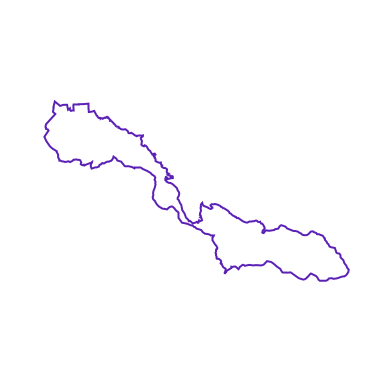 Orlat, Sibiu, Romania, rotated 248°
{"feature_id": "2599482B98199012143069", "entity_name": "Orlat", "entity_type": "district", "adm_level": 2, "iso_a3": "ROU", "parent_name": "Romania", "parent_adm1": "Sibiu", "projection": "albers", "projection_center": [23.88, 45.707], "detail": "fine", "context": "isolated", "style": "outline", "palette": "violet", "viewbox_px": 384, "rotation_deg": 248, "n_neighbors": 0, "source": "geoboundaries", "source_scale": "gbopen_adm2", "svg_char_len": 6071}
<svg xmlns="http://www.w3.org/2000/svg" viewBox="0 0 384 384"><g transform="rotate(248 192 192)"><path d="M327.3,98.7L322.3,95.1L321.9,95.3L318.4,93.1L315.5,94.5L309.6,82.2L308.4,81.2L307.1,80.5L306.5,80.8L305.3,80.2L303.9,81.8L302.7,82.0L298.5,75.8L293.8,76.0L287.5,77.4L284.5,78.9L280.4,81.9L279.9,81.5L277.0,81.9L274.0,80.8L272.7,81.1L270.7,80.8L270.6,81.7L269.1,82.9L268.4,84.4L267.5,85.4L266.9,87.3L267.0,88.1L266.5,89.3L265.4,90.1L265.6,92.7L266.3,94.3L265.8,95.3L265.8,96.4L264.4,98.5L264.3,99.2L263.2,100.3L262.4,100.3L260.6,100.3L259.7,99.3L259.3,99.3L257.9,100.5L257.7,101.1L257.8,102.0L256.9,102.1L257.1,104.5L256.9,109.5L257.2,110.5L256.7,110.2L255.8,108.9L253.6,107.7L251.3,107.7L251.1,111.3L250.5,112.8L250.5,115.3L251.8,116.4L251.7,117.9L252.4,119.1L252.3,120.1L251.7,120.4L251.4,121.3L251.8,123.1L251.8,124.7L251.7,125.5L251.2,126.4L251.4,128.2L251.2,128.8L251.7,129.8L253.0,131.6L254.2,132.5L251.4,134.3L249.1,134.6L246.7,137.7L241.2,139.3L240.4,140.7L239.9,142.4L237.7,145.7L235.5,147.5L236.2,148.3L235.7,148.8L235.1,151.0L234.6,151.6L234.4,152.7L233.8,153.7L232.0,154.8L227.8,158.8L225.2,160.7L223.1,161.5L220.9,163.1L219.1,163.4L217.4,161.9L215.1,162.0L213.6,161.1L212.6,161.0L209.6,158.8L207.3,156.6L205.7,155.6L203.4,154.9L202.0,153.6L199.8,153.3L197.6,154.2L194.4,154.6L192.3,155.3L190.8,156.0L187.6,158.4L186.4,160.7L185.2,162.3L186.2,164.7L186.4,166.0L186.2,167.8L185.9,168.3L183.7,169.5L181.3,170.1L178.1,171.8L173.1,169.8L167.3,171.2L164.5,175.5L161.3,178.8L160.7,180.1L159.0,180.7L158.4,181.6L156.5,182.4L153.3,186.3L150.8,186.9L148.6,188.3L146.4,191.9L144.7,193.2L143.5,196.0L142.8,195.3L142.1,193.9L139.6,192.9L134.5,193.8L133.5,194.3L130.8,194.6L129.8,194.0L129.9,193.2L129.6,192.8L127.9,192.0L126.7,191.0L125.6,191.1L124.3,190.5L122.6,190.6L121.5,189.9L120.7,190.1L120.0,191.8L117.7,193.1L116.3,192.9L115.2,191.8L114.8,191.8L114.6,192.5L114.3,192.7L113.3,192.5L110.5,192.8L108.7,194.2L108.0,194.4L106.1,193.3L105.2,192.2L103.7,191.8L104.8,192.7L104.9,193.7L105.9,194.5L106.8,200.0L108.0,200.5L107.3,201.4L107.2,203.0L106.5,204.5L103.0,206.2L104.7,208.5L105.5,211.8L104.5,213.0L103.8,213.3L103.0,217.7L100.8,221.7L100.4,223.6L97.9,228.9L97.8,231.3L99.8,235.6L97.6,239.0L95.7,240.4L90.5,243.1L87.7,245.0L84.2,245.5L83.3,246.0L81.1,251.4L80.5,253.4L72.1,258.7L69.3,262.1L69.0,262.7L68.9,264.2L69.2,265.9L69.8,266.7L70.1,267.9L71.6,270.7L71.9,271.7L67.8,275.4L65.9,276.2L63.2,276.5L61.8,277.3L59.5,283.0L59.7,285.0L60.5,286.3L60.4,287.0L59.7,289.4L58.9,290.1L58.4,290.9L57.6,294.2L57.3,299.8L56.7,301.6L57.2,304.0L59.1,306.8L61.2,308.2L64.1,307.4L66.0,307.5L68.8,306.6L72.2,306.8L74.7,305.6L76.2,305.3L77.9,306.0L78.9,305.8L79.7,305.5L80.7,303.9L81.6,303.2L86.6,303.5L88.6,300.4L89.9,299.1L92.5,298.9L93.9,298.2L94.8,298.3L98.1,297.3L99.2,297.8L100.0,297.3L101.8,297.1L103.2,296.2L104.1,294.9L105.1,294.2L106.1,292.1L106.9,292.1L107.8,291.5L109.1,290.0L110.2,289.4L110.8,287.3L109.3,284.2L109.1,282.2L109.6,280.6L110.4,279.1L111.2,278.2L112.8,277.5L113.8,276.4L115.5,275.4L117.0,273.4L118.0,271.3L122.5,266.6L125.0,265.6L127.8,262.3L127.7,261.2L126.9,259.7L125.7,258.3L126.4,255.0L126.0,254.5L126.0,253.4L126.2,253.1L127.0,249.4L128.1,247.2L128.7,246.4L128.4,245.2L127.2,243.4L127.2,242.6L128.1,242.0L129.8,243.2L130.5,245.1L131.4,246.0L134.9,245.7L136.4,245.2L136.9,244.2L138.8,244.0L138.7,243.6L139.6,242.0L140.8,241.5L141.6,240.7L141.7,238.5L142.3,236.8L142.3,236.2L143.1,234.3L142.9,231.8L143.9,230.1L145.8,228.2L150.6,225.1L151.0,223.8L152.5,223.4L152.9,222.5L153.5,222.4L154.9,221.0L157.5,219.8L158.4,218.9L159.9,218.9L161.3,218.2L164.8,215.7L165.4,214.7L166.2,214.5L167.4,213.3L168.3,213.1L170.5,211.2L172.3,208.8L172.4,207.6L173.3,205.7L172.9,204.3L172.5,204.1L171.7,204.2L170.2,205.1L169.6,205.0L169.2,203.9L169.3,202.9L170.8,201.3L171.8,200.8L174.8,197.6L176.4,197.2L178.1,197.4L177.3,195.9L176.1,195.0L174.8,194.8L174.2,194.0L171.2,193.3L169.4,191.6L167.7,190.7L167.2,191.3L166.1,191.2L165.5,190.1L164.4,191.0L162.0,190.7L161.9,188.4L162.9,188.0L162.6,187.8L162.6,187.4L161.1,186.3L161.2,185.9L162.3,185.6L162.6,185.2L162.3,183.7L162.7,180.9L165.9,179.4L166.1,178.1L167.8,178.1L170.4,176.9L175.0,177.0L178.8,176.2L184.0,177.2L186.5,176.7L189.4,176.7L190.9,176.0L192.2,176.7L193.3,178.3L195.5,179.7L196.9,179.8L199.0,179.3L201.2,179.5L206.5,177.0L208.4,175.5L209.2,173.9L211.0,172.3L212.0,172.3L212.9,171.7L214.4,172.3L215.5,173.2L214.9,173.6L215.1,174.1L214.4,174.3L214.2,173.9L213.7,174.2L213.3,173.4L213.1,174.0L212.7,177.5L212.1,179.4L212.5,179.5L212.8,178.3L213.1,179.8L213.6,180.0L214.0,179.8L214.3,178.6L214.8,178.4L214.6,177.9L215.6,177.7L215.9,176.9L217.0,175.9L217.6,177.1L218.0,176.3L218.4,176.7L219.2,176.0L220.8,176.3L221.6,177.1L222.7,177.3L224.4,176.0L224.8,174.8L226.7,173.4L227.3,173.5L227.9,174.3L228.6,173.7L230.4,173.7L230.6,174.1L231.0,174.2L231.1,173.2L232.1,171.7L234.3,169.8L235.7,170.4L237.5,170.5L237.7,170.1L238.3,170.1L240.3,171.6L240.4,172.1L241.6,171.8L241.7,171.2L239.5,170.0L240.5,169.8L241.6,170.1L241.9,169.7L241.9,169.2L246.0,168.5L247.4,167.5L250.7,167.1L252.4,166.4L252.5,165.7L253.0,165.4L252.4,164.5L253.5,163.4L254.9,162.8L258.0,164.7L260.2,164.5L261.3,164.8L262.1,167.4L262.8,167.7L262.8,166.9L263.5,165.9L264.5,163.2L264.5,161.5L265.2,161.3L265.4,160.7L269.6,158.0L269.6,156.8L270.4,155.2L272.4,155.3L275.0,153.9L275.3,153.5L275.6,151.7L277.0,149.5L278.8,148.6L278.9,148.2L279.4,148.5L280.4,147.8L280.6,147.0L281.4,146.2L283.7,145.7L284.7,145.0L285.6,145.0L286.2,144.5L287.0,144.4L288.4,143.4L288.8,143.4L288.8,142.8L289.6,143.2L290.1,142.7L290.9,142.8L292.1,141.8L292.5,142.2L293.1,141.9L293.0,141.5L293.6,141.0L293.2,140.0L293.5,139.3L293.3,139.1L293.7,138.5L293.4,137.3L293.9,136.5L293.6,136.3L294.7,135.1L294.5,134.7L294.9,134.8L295.3,134.4L295.5,133.3L297.3,132.6L298.1,132.7L298.7,132.2L303.8,131.7L304.1,128.8L304.8,126.3L308.7,127.5L312.7,129.1L314.2,124.1L315.8,120.0L315.5,119.9L317.5,115.0L316.5,114.3L311.9,112.8L312.6,111.1L312.5,110.1L313.8,109.6L315.3,110.1L314.7,107.9L319.7,108.8L321.1,105.1L321.2,102.0L327.3,98.7Z" fill="none" stroke="#5b21b6" stroke-width="2"/></g></svg>